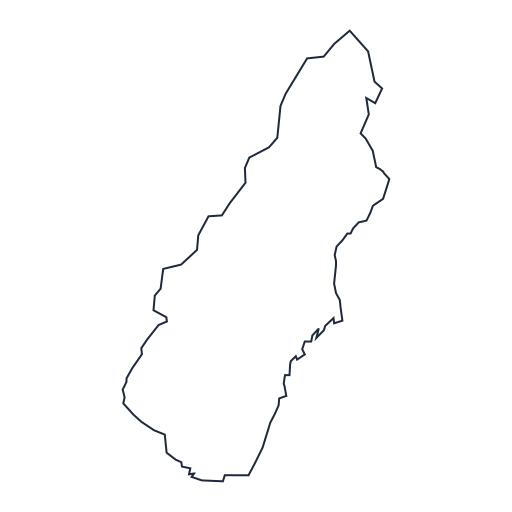 the district of Malësi e Madhe, Shkodër, Albania
{"feature_id": "67620474B62137861373373", "entity_name": "Malësi e Madhe", "entity_type": "district", "adm_level": 2, "iso_a3": "ALB", "parent_name": "Albania", "parent_adm1": "Shkodër", "projection": "albers", "projection_center": [19.601, 42.395], "detail": "fine", "context": "isolated", "style": "outline", "palette": "slate", "viewbox_px": 512, "rotation_deg": 0, "n_neighbors": 0, "source": "geoboundaries", "source_scale": "gbopen_adm2", "svg_char_len": 1486}
<svg xmlns="http://www.w3.org/2000/svg" viewBox="0 0 512 512"><path d="M389.3,179.0L384.3,173.6L383.1,171.6L379.8,169.0L376.2,167.2L372.7,150.7L365.7,138.6L360.6,133.4L368.8,114.4L366.3,98.0L375.2,103.2L382.1,88.5L374.5,81.6L368.1,51.4L349.7,30.7L334.4,43.7L323.7,56.6L307.1,58.4L285.6,93.8L280.5,105.9L277.3,137.8L269.0,147.3L249.3,157.6L244.9,168.0L245.5,182.7L229.6,203.4L221.9,215.4L208.5,216.3L198.3,235.3L197.0,249.9L181.1,264.6L163.2,268.9L160.6,288.7L154.8,295.6L153.5,310.3L166.3,317.2L166.9,321.5L158.6,325.0L147.1,339.6L141.3,348.2L141.9,354.3L132.3,368.1L126.5,378.4L126.5,381.8L122.7,389.6L124.6,397.4L123.3,403.4L133.5,414.7L141.1,421.6L153.9,430.2L164.8,434.6L166.6,452.7L175.6,459.6L181.3,462.2L182.0,466.6L190.3,468.3L189.0,474.3L193.8,473.5L194.1,473.5L191.6,476.9L201.8,480.4L222.9,481.3L224.8,475.2L248.5,475.3L254.9,463.2L262.6,447.6L267.1,433.0L270.3,422.6L274.8,414.0L278.6,405.4L279.2,398.4L286.3,395.9L284.4,385.5L283.7,383.8L285.0,375.1L289.5,375.1L290.1,364.8L290.7,361.3L295.8,356.2L297.1,359.6L304.8,354.4L302.2,349.2L304.8,341.5L311.2,341.5L312.4,335.4L318.8,328.5L316.3,338.0L323.9,330.2L325.2,325.9L333.5,318.1L334.1,323.3L342.4,320.7L340.5,306.9L339.8,300.0L336.0,293.1L334.1,283.6L336.0,265.5L336.0,261.4L336.0,261.2L334.7,255.1L336.6,246.5L342.3,240.5L347.4,233.5L350.6,233.5L353.1,228.4L358.8,222.3L362.6,221.5L366.5,220.6L370.3,212.8L372.7,206.3L373.0,205.7L383.1,198.8L388.1,183.1L389.3,179.0Z" fill="none" stroke="#1e293b" stroke-width="2"/></svg>